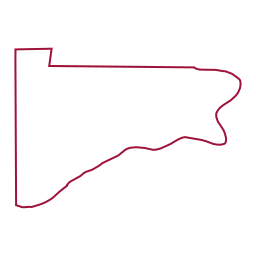 Switzerland, Indiana, United States of America (Robinson projection)
{"feature_id": "52423323B76202305495147", "entity_name": "Switzerland", "entity_type": "district", "adm_level": 2, "iso_a3": "USA", "parent_name": "United States of America", "parent_adm1": "Indiana", "projection": "robinson", "projection_center": [-84.951, 38.809], "detail": "fine", "context": "isolated", "style": "outline", "palette": "rose", "viewbox_px": 256, "rotation_deg": 0, "n_neighbors": 0, "source": "geoboundaries", "source_scale": "gbopen_adm2", "svg_char_len": 969}
<svg xmlns="http://www.w3.org/2000/svg" viewBox="0 0 256 256"><path d="M15.4,59.0L16.1,205.2L22.0,207.1L23.8,207.3L29.3,206.8L31.7,207.0L40.5,204.3L45.6,202.2L50.0,199.7L53.0,197.6L59.3,191.8L67.1,185.6L67.0,185.0L69.0,182.6L70.3,181.6L80.4,176.0L83.5,173.3L85.9,171.9L92.2,169.7L98.8,165.9L102.6,163.0L112.0,158.5L118.3,155.5L124.7,150.2L126.9,148.9L130.1,147.8L136.1,147.2L144.9,148.0L152.9,149.8L156.4,149.6L160.8,148.4L170.3,144.1L177.5,139.8L181.8,137.8L185.0,137.1L201.7,140.0L206.6,141.4L213.2,143.9L216.9,144.6L220.9,144.7L224.5,143.8L225.4,142.8L226.0,140.7L226.1,138.4L224.9,133.5L223.5,130.1L217.8,121.4L216.3,117.0L216.2,113.6L217.6,110.7L219.8,107.9L223.1,105.2L230.6,100.4L235.2,96.2L235.7,95.7L237.2,93.9L238.6,91.5L240.0,88.1L240.6,84.3L240.3,80.9L239.7,79.7L238.7,78.7L232.2,73.9L225.5,71.3L222.1,71.0L215.9,69.9L199.6,69.6L195.9,68.6L194.6,67.8L194.3,67.4L49.2,66.0L51.6,48.7L15.5,49.4L15.4,59.0Z" fill="none" stroke="#9f1239" stroke-width="2"/></svg>